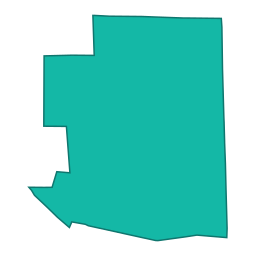 Windham, Connecticut, United States of America
{"feature_id": "52423323B50324071852307", "entity_name": "Windham", "entity_type": "district", "adm_level": 2, "iso_a3": "USA", "parent_name": "United States of America", "parent_adm1": "Connecticut", "projection": "mercator", "projection_center": [-71.988, 41.832], "detail": "fine", "context": "isolated", "style": "filled", "palette": "teal", "viewbox_px": 256, "rotation_deg": 0, "n_neighbors": 0, "source": "geoboundaries", "source_scale": "gbopen_adm2", "svg_char_len": 685}
<svg xmlns="http://www.w3.org/2000/svg" viewBox="0 0 256 256"><path d="M226.0,189.0L225.4,163.3L225.3,160.9L224.6,142.3L224.6,141.3L224.1,123.4L224.1,122.8L223.9,118.2L223.8,115.2L222.8,79.8L222.5,68.9L221.9,27.3L221.3,18.4L185.8,18.0L182.9,18.0L152.2,16.9L141.8,16.5L109.4,16.2L94.0,15.4L92.9,15.4L94.2,55.4L71.9,55.2L44.1,55.9L43.8,126.2L66.4,126.4L69.9,172.8L56.8,171.7L52.1,187.3L44.3,187.4L33.3,187.3L28.9,187.3L31.5,190.3L34.5,195.3L46.4,206.5L57.6,217.4L69.4,227.5L71.8,221.9L85.4,224.3L88.2,225.7L144.1,238.0L147.0,238.6L155.6,240.5L157.9,240.6L185.7,236.8L196.9,235.1L226.8,237.6L227.1,228.4L226.0,189.2L226.0,189.0Z" fill="#14b8a6" stroke="#0f766e" stroke-width="1.5"/></svg>